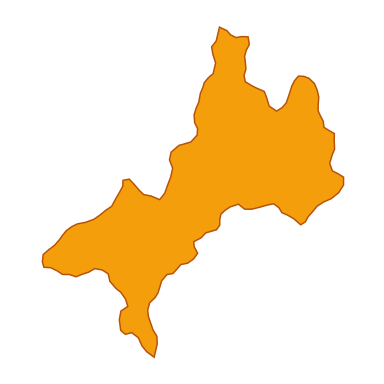 Bela Vista de Minas, Minas Gerais, Brazil, rotated 88°
{"feature_id": "56859067B3300514991287", "entity_name": "Bela Vista de Minas", "entity_type": "district", "adm_level": 2, "iso_a3": "BRA", "parent_name": "Brazil", "parent_adm1": "Minas Gerais", "projection": "mercator", "projection_center": [-43.103, -19.806], "detail": "fine", "context": "isolated", "style": "filled", "palette": "amber", "viewbox_px": 384, "rotation_deg": 88, "n_neighbors": 0, "source": "geoboundaries", "source_scale": "gbopen_adm2", "svg_char_len": 2080}
<svg xmlns="http://www.w3.org/2000/svg" viewBox="0 0 384 384"><g transform="rotate(88 192 192)"><path d="M355.8,235.6L342.8,232.1L335.0,232.1L328.7,235.7L321.9,237.8L314.9,239.9L308.5,240.4L301.2,238.2L296.2,232.5L291.4,229.4L286.2,227.6L279.5,225.3L273.6,219.8L272.8,213.9L268.9,210.1L264.1,205.7L263.0,198.9L259.1,192.9L253.4,188.5L246.8,191.7L241.7,192.0L238.3,184.8L233.3,179.6L230.6,168.8L226.1,165.4L220.5,165.2L215.2,163.9L211.2,159.3L208.2,154.3L205.8,146.0L211.0,140.0L211.3,133.2L209.6,124.9L207.6,116.9L206.7,110.6L210.7,105.7L215.8,102.9L218.3,97.6L222.2,91.3L228.6,84.5L225.8,79.8L220.8,76.8L215.1,71.4L210.7,67.6L206.7,61.1L203.5,53.1L197.8,45.4L190.3,40.3L182.5,40.0L178.9,45.3L175.8,51.0L168.0,53.4L159.3,50.4L154.1,48.0L146.2,48.1L138.6,47.7L135.2,53.1L132.0,57.8L125.8,58.4L120.4,61.0L115.4,63.1L109.7,62.9L101.8,62.0L95.1,63.2L87.8,65.9L82.4,71.2L80.3,76.2L79.9,81.6L84.4,85.7L89.9,88.7L97.4,91.3L106.0,94.6L110.7,98.8L114.1,104.7L108.8,111.9L100.6,114.0L94.0,116.3L90.4,123.9L87.6,129.0L83.6,134.9L77.2,135.9L71.1,133.8L65.1,134.1L58.3,134.7L52.4,132.9L46.7,129.6L38.9,130.5L38.4,136.8L39.2,142.7L36.2,148.0L31.9,151.6L28.2,158.8L36.7,161.1L42.0,162.6L47.6,167.3L54.8,166.4L63.8,163.9L74.4,166.7L78.5,171.8L83.1,175.9L87.9,177.5L93.7,180.2L102.4,182.1L108.8,185.1L114.9,187.2L123.0,186.9L128.8,184.2L135.3,184.9L142.0,191.4L145.0,203.5L151.5,211.5L159.1,213.4L167.5,210.5L176.4,212.8L185.0,216.4L192.3,219.3L198.5,224.6L194.6,233.0L192.9,240.3L188.7,244.5L183.0,249.0L176.9,254.3L178.0,260.6L183.7,260.9L188.7,263.8L196.5,268.7L203.5,272.8L207.4,279.0L211.9,284.9L215.8,290.9L218.6,299.5L219.9,307.8L222.5,313.5L226.3,319.0L230.6,322.7L235.4,326.5L240.6,331.3L244.5,337.0L249.3,342.9L256.6,344.0L262.1,342.6L262.7,336.0L266.1,329.5L269.9,324.2L270.2,317.3L272.7,310.8L270.5,304.9L268.6,298.3L265.2,291.8L266.8,284.4L270.9,278.6L278.4,277.2L285.9,271.2L289.6,266.8L296.8,262.1L304.1,260.2L308.5,267.2L317.2,269.1L327.8,268.1L331.9,263.6L330.5,257.1L335.8,250.7L344.2,247.3L350.1,242.8L355.8,235.6Z" fill="#f59e0b" stroke="#b45309" stroke-width="1.5"/></g></svg>